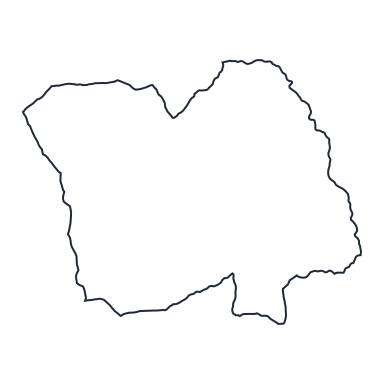 the district of Kalidzingkha, Daga, Bhutan
{"feature_id": "84629894B31642600341684", "entity_name": "Kalidzingkha", "entity_type": "district", "adm_level": 2, "iso_a3": "BTN", "parent_name": "Bhutan", "parent_adm1": "Daga", "projection": "robinson", "projection_center": [89.878, 27.0], "detail": "fine", "context": "isolated", "style": "outline", "palette": "slate", "viewbox_px": 384, "rotation_deg": 0, "n_neighbors": 0, "source": "geoboundaries", "source_scale": "gbopen_adm2", "svg_char_len": 5898}
<svg xmlns="http://www.w3.org/2000/svg" viewBox="0 0 384 384"><path d="M165.3,310.2L167.0,309.2L168.3,307.8L170.1,306.2L172.3,305.0L173.2,304.2L175.2,304.2L176.2,304.0L178.6,303.1L182.3,300.8L184.7,299.5L186.2,298.5L187.5,297.1L188.7,295.6L189.6,295.0L190.6,294.5L193.0,294.1L194.2,293.5L195.0,292.6L195.8,292.1L197.2,291.7L198.6,291.7L199.9,292.1L202.6,290.5L204.5,289.5L206.4,288.9L207.4,288.2L209.4,286.3L210.5,286.1L212.0,286.0L213.8,286.4L217.8,284.8L220.8,282.7L221.4,281.9L221.8,280.8L222.4,279.9L223.4,279.1L224.2,278.3L227.2,277.9L228.3,277.1L229.4,276.0L230.4,275.2L231.1,274.4L232.4,273.4L233.3,274.2L233.6,275.2L233.6,276.3L233.4,277.0L233.4,278.8L233.9,280.5L234.2,282.1L235.4,284.5L235.9,286.4L235.9,289.0L235.5,290.9L235.5,296.8L235.4,298.2L233.8,302.0L233.3,303.1L233.1,304.0L233.1,306.1L232.3,308.9L232.2,310.0L232.7,312.5L233.1,313.2L233.7,313.9L234.8,314.4L235.6,315.2L238.7,315.3L239.8,316.1L240.7,315.6L242.0,314.5L244.4,314.0L254.0,313.9L255.7,313.8L256.7,313.3L258.7,314.1L260.4,315.3L261.5,315.8L266.0,315.7L268.1,316.4L270.5,318.9L277.2,323.0L278.3,323.9L282.3,323.8L283.3,323.6L284.1,323.2L284.8,321.2L285.5,318.9L286.0,316.0L285.9,313.0L285.7,309.8L285.7,307.6L284.7,301.7L283.5,296.3L283.5,295.3L283.0,292.0L282.9,288.8L287.9,284.5L289.8,280.2L292.0,278.8L296.8,275.4L297.8,276.4L300.0,277.2L302.5,277.7L304.5,277.7L306.5,276.9L307.1,276.5L308.1,275.4L310.3,272.4L310.9,272.0L312.3,271.7L312.9,271.4L315.0,270.8L317.8,271.4L318.5,271.4L319.2,271.1L319.8,270.9L321.3,270.8L322.0,270.9L323.3,271.3L325.3,272.2L326.0,272.4L326.7,272.2L327.9,271.4L329.2,270.7L329.9,270.6L331.3,271.1L331.9,271.5L334.1,273.4L334.7,273.8L335.2,273.3L335.9,273.0L336.6,273.0L337.2,272.6L339.3,272.7L340.8,272.6L342.9,272.8L343.6,272.6L344.0,272.0L344.6,270.6L344.8,269.9L345.5,268.6L346.7,267.8L348.7,267.1L349.2,266.5L350.7,263.9L351.3,263.5L351.9,263.2L352.6,263.2L353.3,263.0L353.7,262.4L354.2,260.9L354.9,259.6L355.6,257.5L356.5,256.3L357.8,255.6L358.4,255.4L360.6,255.1L361.0,251.7L360.0,246.0L359.1,243.9L359.0,240.7L357.3,237.9L355.3,236.3L354.7,234.4L356.9,231.4L357.1,229.3L356.6,227.1L355.7,225.1L354.4,223.3L352.6,221.1L351.0,219.9L350.8,218.9L350.9,217.7L352.1,215.5L352.4,213.4L351.0,210.2L350.6,209.7L350.2,207.2L350.3,204.5L349.7,202.6L348.9,201.9L348.5,200.9L348.7,197.4L348.5,196.2L348.2,194.8L347.6,193.5L346.2,191.9L344.3,189.9L342.3,188.5L340.2,187.5L336.5,185.3L336.0,184.8L334.4,182.1L333.9,181.6L333.1,181.1L331.8,180.3L330.3,178.9L329.7,178.1L328.9,176.7L328.6,175.8L328.2,174.2L328.2,173.1L328.2,171.0L328.6,168.9L329.4,166.4L329.6,165.5L329.7,163.1L330.3,160.3L330.4,159.6L330.2,158.9L328.9,156.4L328.6,155.4L328.4,154.2L328.4,153.3L328.5,152.6L329.2,151.0L329.5,149.9L329.9,148.0L329.8,146.6L329.2,142.8L329.3,139.4L328.8,138.6L327.2,137.4L326.2,136.2L325.5,135.1L325.0,133.7L324.6,133.1L324.1,132.6L321.9,131.8L320.6,131.0L319.8,130.6L317.4,130.4L316.1,130.0L315.5,129.2L315.3,128.5L315.4,124.9L314.6,120.9L313.9,120.0L312.5,119.7L310.9,119.8L310.0,119.4L309.5,119.0L309.0,117.9L308.9,117.2L309.1,116.6L310.5,114.0L310.9,112.7L311.0,111.9L310.9,111.1L309.9,108.5L309.5,107.1L309.1,106.4L308.7,105.0L307.6,103.8L305.6,102.3L304.0,101.4L301.9,100.7L301.5,100.2L300.8,99.2L300.2,97.8L297.6,94.6L296.7,93.2L296.2,92.7L292.8,90.1L290.1,88.2L289.7,87.6L289.5,86.9L289.3,86.2L289.9,85.0L291.4,83.8L291.8,83.4L292.0,82.5L291.9,81.8L291.1,81.2L289.8,81.1L289.1,80.9L287.8,80.1L287.2,79.6L286.9,79.1L286.6,78.5L286.1,76.1L285.8,75.3L285.3,74.6L284.3,73.6L283.1,73.0L282.2,72.1L281.3,70.4L280.1,68.1L279.3,66.8L278.7,66.4L278.1,66.1L277.0,66.0L276.2,65.8L272.6,63.9L271.8,62.9L271.6,62.1L270.6,61.7L269.9,61.5L269.2,61.4L266.3,61.7L265.2,61.7L264.4,61.6L263.8,61.3L262.4,60.3L261.0,60.3L259.1,60.1L257.8,60.1L256.2,60.4L253.5,61.6L251.9,62.8L251.3,63.0L250.2,63.4L248.0,63.9L247.1,63.9L246.2,63.6L245.3,63.1L242.9,61.5L241.6,61.1L240.6,61.1L238.3,61.8L237.6,61.9L237.0,61.8L235.6,61.1L234.7,61.0L232.0,61.2L230.0,60.8L229.3,60.9L222.5,62.4L223.0,63.5L223.3,65.9L222.5,67.9L222.2,70.2L221.1,71.6L219.6,72.6L218.8,75.1L217.9,77.1L216.4,78.0L214.7,78.8L213.4,81.5L212.7,84.1L211.3,85.6L209.4,87.3L207.9,89.1L207.0,89.9L204.5,90.3L201.2,90.5L199.4,90.3L198.1,90.8L196.7,92.2L194.4,94.0L194.3,95.9L193.6,97.0L192.2,97.7L190.6,99.4L189.4,101.4L187.4,104.8L185.3,107.8L183.3,110.4L181.1,112.4L178.5,113.6L176.9,115.9L174.0,117.9L172.5,117.7L171.9,116.6L167.4,111.4L165.2,106.8L164.8,103.1L163.2,99.7L161.1,96.4L158.6,94.6L156.4,89.4L154.7,87.9L152.6,85.1L151.5,85.1L149.3,85.8L146.8,87.1L140.3,89.1L135.7,89.7L133.0,88.3L129.6,85.0L117.7,80.2L114.6,81.6L105.8,83.2L103.6,83.0L95.1,83.2L92.7,83.9L91.1,84.0L88.6,84.4L86.7,85.0L82.7,85.2L81.4,84.6L79.6,84.4L77.4,84.8L73.8,84.2L69.1,83.7L65.2,84.2L59.2,85.6L55.7,85.7L53.7,86.1L51.4,86.2L50.5,87.5L49.3,88.9L46.2,92.0L44.4,94.4L41.9,97.2L39.3,98.8L37.1,99.5L33.0,103.5L28.8,106.3L26.1,108.4L24.0,111.0L23.0,111.9L24.1,114.4L25.8,116.7L26.8,119.4L28.1,124.3L30.0,126.0L32.3,131.8L34.7,136.8L37.8,142.4L38.5,144.5L40.0,147.1L41.8,149.1L42.9,154.3L45.7,155.6L48.2,158.5L49.8,160.9L51.6,162.8L54.8,167.1L58.8,171.9L60.7,173.1L60.4,180.1L60.9,183.0L61.7,185.1L63.1,190.2L64.3,191.7L63.2,196.0L63.0,198.1L63.1,199.6L63.8,201.5L65.5,203.2L68.0,204.8L69.6,206.0L70.3,207.6L71.1,212.3L71.0,215.0L70.6,221.9L70.2,224.8L69.2,229.8L68.0,234.4L68.8,235.5L69.8,237.3L70.3,239.1L70.7,241.5L70.9,243.9L71.6,246.4L75.9,254.5L76.5,256.4L76.9,264.2L78.2,269.0L78.4,270.5L76.8,273.2L76.0,276.1L76.2,278.5L77.0,283.2L79.5,285.0L82.9,286.4L83.9,288.5L84.5,290.4L85.8,296.6L85.9,298.3L85.1,300.8L87.7,300.3L92.4,299.9L94.9,299.3L97.0,299.2L98.8,298.8L100.8,298.9L103.1,299.5L104.4,300.2L110.1,305.4L111.5,307.3L114.6,310.9L118.5,314.0L119.5,315.1L120.9,315.9L123.5,314.2L126.1,313.4L129.3,312.7L133.4,312.6L134.5,312.4L137.5,311.8L139.5,311.1L154.2,310.5L157.0,310.5L159.9,310.3L162.9,310.0L165.3,310.2Z" fill="none" stroke="#1e293b" stroke-width="2"/></svg>